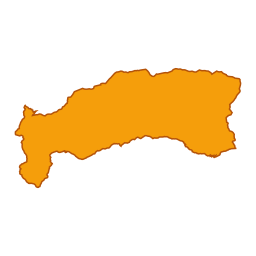 outline of Voineasa, Vâlcea, Romania
{"feature_id": "2599482B3202377792111", "entity_name": "Voineasa", "entity_type": "district", "adm_level": 2, "iso_a3": "ROU", "parent_name": "Romania", "parent_adm1": "Vâlcea", "projection": "natural_earth1", "projection_center": [23.841, 45.435], "detail": "fine", "context": "isolated", "style": "filled", "palette": "amber", "viewbox_px": 256, "rotation_deg": 0, "n_neighbors": 0, "source": "geoboundaries", "source_scale": "gbopen_adm2", "svg_char_len": 5788}
<svg xmlns="http://www.w3.org/2000/svg" viewBox="0 0 256 256"><path d="M22.1,176.5L23.5,178.4L24.8,179.1L26.0,180.5L26.3,181.3L26.9,182.0L28.4,183.0L28.6,183.3L29.1,183.2L29.9,183.5L30.9,183.2L34.0,183.9L35.3,184.9L36.1,186.6L37.3,187.3L38.4,187.3L38.9,186.8L39.9,186.5L40.3,184.9L41.4,182.9L41.8,181.6L43.8,180.2L44.6,178.7L45.7,178.2L47.1,177.8L47.5,177.5L47.7,177.1L47.8,176.1L47.5,175.6L47.0,175.1L47.0,174.5L47.4,173.6L48.0,173.1L48.5,171.9L48.6,171.0L49.3,168.3L49.5,168.2L49.5,166.9L51.4,165.2L51.6,164.1L52.3,163.8L52.2,163.5L51.8,163.6L51.2,162.9L51.0,162.2L50.4,161.7L50.4,161.1L50.7,160.5L50.3,159.7L50.4,159.1L50.3,158.3L50.4,157.8L50.8,157.3L50.3,156.7L49.8,155.5L49.8,154.9L51.6,153.1L54.1,152.0L54.9,151.9L55.6,151.5L57.0,151.2L57.9,151.9L59.0,152.4L60.0,152.4L63.0,151.5L63.1,151.3L63.9,151.2L64.3,150.8L64.9,151.0L65.1,152.2L65.5,152.5L66.5,152.2L66.4,151.5L67.7,151.5L69.0,151.7L71.7,153.6L73.3,154.2L74.9,155.2L75.8,156.4L76.4,156.7L77.5,157.7L79.1,158.7L80.6,158.9L81.7,159.3L82.9,159.3L86.5,157.8L87.2,157.1L88.5,156.7L91.7,155.1L93.4,153.9L94.7,153.8L95.8,152.0L97.6,150.6L98.7,150.9L100.0,150.5L102.8,148.6L105.1,148.9L107.3,148.0L108.9,148.0L110.1,146.9L111.4,145.1L114.2,143.5L114.9,143.9L116.0,143.6L117.5,143.9L119.0,143.7L119.5,144.1L120.0,145.4L121.0,146.2L121.2,145.5L124.8,142.7L125.7,143.0L126.5,142.9L127.3,143.1L129.3,142.3L130.0,141.1L132.0,139.6L133.3,139.3L134.6,139.6L136.5,137.7L137.8,137.2L140.5,138.5L141.0,138.4L142.8,137.1L143.8,136.6L144.5,135.9L145.0,135.7L146.5,135.7L147.7,136.1L149.7,136.4L150.9,137.0L152.9,138.6L154.3,137.9L156.1,138.1L158.0,138.0L159.4,137.0L162.3,137.0L163.8,136.8L164.2,136.5L164.6,136.7L167.3,136.7L169.1,137.8L171.2,138.5L172.0,139.0L172.9,138.7L174.1,138.9L175.8,138.8L177.1,139.1L180.2,140.7L181.9,141.0L183.5,141.9L183.7,142.2L183.6,142.7L185.4,144.3L184.9,144.5L185.2,144.9L185.0,145.6L185.6,145.9L185.6,146.6L186.9,146.8L187.8,147.7L188.3,148.0L188.4,148.5L188.7,148.9L189.3,149.1L189.7,149.6L191.2,149.9L191.9,150.3L192.2,150.7L192.2,151.6L194.5,152.7L195.9,152.7L197.0,153.3L197.2,153.6L197.8,153.5L198.7,153.9L200.4,153.5L201.2,153.8L204.6,153.6L206.0,154.9L207.6,155.9L209.5,155.7L210.3,154.9L210.4,155.0L210.1,155.5L210.2,156.1L210.7,155.7L210.9,155.8L210.9,156.0L211.3,155.8L211.5,156.4L211.9,155.8L212.4,156.4L212.6,156.2L212.6,155.8L213.2,156.1L213.7,155.6L213.7,155.8L213.0,156.9L213.8,156.2L214.8,156.2L215.5,155.7L215.2,156.4L214.4,156.7L213.6,157.8L214.6,157.1L215.8,156.9L219.4,155.1L220.0,154.6L220.0,154.0L220.6,152.7L221.3,151.9L223.0,151.6L223.5,151.3L225.6,151.1L226.8,150.6L227.1,150.2L228.2,150.0L229.3,149.2L229.9,149.2L231.3,148.7L236.4,148.4L235.5,148.3L235.2,148.0L234.9,147.3L234.9,146.7L234.6,145.3L233.7,144.4L233.6,143.6L232.4,142.1L232.5,141.6L232.8,141.2L234.8,140.6L235.2,140.0L234.9,139.0L234.2,138.2L234.3,137.1L234.0,136.1L234.2,135.1L234.2,134.3L233.1,132.6L231.9,131.6L229.5,130.8L228.6,128.6L227.8,127.6L227.9,126.6L227.5,125.0L228.1,123.3L227.6,122.6L226.7,122.3L226.1,117.9L226.4,117.3L227.8,116.2L228.1,115.7L229.0,115.3L230.9,114.8L232.1,112.6L231.1,111.4L230.7,110.5L229.5,109.4L229.5,108.8L230.1,107.2L230.1,106.9L229.8,106.5L229.8,106.0L230.0,105.9L229.7,104.4L230.5,103.9L231.2,103.0L232.7,101.8L234.4,99.7L234.9,98.7L235.7,97.9L236.3,96.4L237.1,95.0L239.6,92.2L240.0,91.4L240.0,90.5L239.3,88.9L240.4,85.0L240.6,83.1L240.0,81.1L240.0,79.6L239.1,78.7L234.7,78.1L234.3,77.7L232.4,76.8L228.2,76.4L226.5,75.4L226.3,75.1L226.3,74.7L224.1,73.8L222.7,73.0L221.5,71.7L219.2,71.9L218.1,71.7L216.7,71.1L211.9,74.2L211.6,73.5L210.8,72.7L208.3,71.1L205.9,70.9L205.0,70.6L201.9,70.7L199.4,70.0L196.1,72.0L194.5,72.0L192.1,71.2L190.0,71.5L188.5,71.3L185.0,69.9L183.7,69.8L182.7,69.9L180.2,69.0L178.3,69.2L176.9,68.8L175.5,68.7L173.2,69.6L171.9,71.1L167.3,72.9L165.8,72.6L163.6,72.9L157.7,74.2L156.4,74.0L155.5,75.1L153.9,76.4L153.0,76.4L152.1,76.2L150.1,74.8L149.3,73.4L149.0,72.7L147.5,70.8L145.7,69.3L139.9,70.2L139.0,70.6L137.2,70.4L136.5,70.7L134.9,70.6L132.0,71.6L129.4,71.8L128.2,72.6L127.1,72.5L125.9,72.0L123.9,72.2L122.5,71.4L120.9,71.1L118.4,71.9L116.5,72.1L114.7,73.3L110.7,77.8L109.5,78.8L105.6,83.5L102.8,83.3L101.6,83.5L100.8,83.9L100.2,84.8L100.3,84.9L95.1,86.1L94.2,86.5L93.7,88.2L93.3,88.6L91.9,89.1L91.0,89.2L89.3,88.8L86.9,89.2L85.8,89.2L84.6,89.1L82.6,88.4L74.4,91.7L72.7,94.6L70.9,96.9L70.2,97.2L69.0,97.2L68.0,97.5L67.7,98.4L67.9,99.1L67.6,99.5L67.4,100.5L67.6,101.6L67.1,102.8L67.2,103.3L66.3,103.7L65.6,104.4L64.7,105.6L63.7,106.6L63.0,106.7L62.5,107.1L62.3,107.5L62.1,108.3L61.8,108.8L61.0,109.3L59.5,109.5L58.5,110.0L57.6,111.1L56.3,112.0L55.2,112.1L53.9,112.5L51.2,114.2L48.9,114.1L47.2,114.3L46.2,114.9L45.1,115.9L43.1,115.4L41.0,114.2L39.3,114.0L37.7,114.7L36.3,114.7L32.5,115.5L32.7,115.0L33.9,114.0L35.6,111.5L36.1,111.1L35.4,111.2L34.1,112.0L33.3,112.1L33.2,111.5L32.6,110.8L32.7,110.2L32.2,110.1L31.8,109.3L31.0,109.3L30.4,108.6L29.0,108.7L28.7,108.5L27.9,107.4L25.9,106.4L25.2,105.4L24.8,105.8L24.1,107.6L24.7,108.5L25.2,108.7L25.1,109.5L24.9,110.0L23.8,111.3L23.5,112.2L23.8,113.3L23.8,115.1L24.6,116.5L24.4,117.5L23.9,118.4L22.6,119.2L22.1,119.9L21.9,120.6L20.7,122.4L20.1,124.4L19.5,125.6L19.2,127.4L19.3,128.5L17.7,129.2L17.1,130.3L15.5,131.7L15.4,132.1L15.4,134.1L15.7,134.7L19.7,135.9L21.0,135.3L21.6,135.3L22.8,136.1L23.1,136.9L22.9,137.7L23.7,138.4L23.7,139.5L21.8,141.2L21.7,141.9L21.3,142.4L21.3,142.6L21.8,143.0L22.1,143.5L22.2,144.8L22.1,145.5L22.2,147.3L22.8,149.3L23.9,151.0L24.6,153.0L25.5,153.8L26.6,155.6L26.8,156.8L26.7,157.8L27.1,158.6L26.8,160.2L26.9,161.3L26.5,162.0L24.7,162.6L22.8,163.8L21.7,164.0L20.6,165.2L20.2,165.3L19.6,166.4L19.7,166.9L19.6,167.3L19.8,167.8L20.9,168.9L20.1,169.6L19.9,171.3L19.6,171.7L19.9,172.3L19.8,173.5L20.3,174.3L21.8,174.9L22.1,176.5Z" fill="#f59e0b" stroke="#b45309" stroke-width="1.5"/></svg>